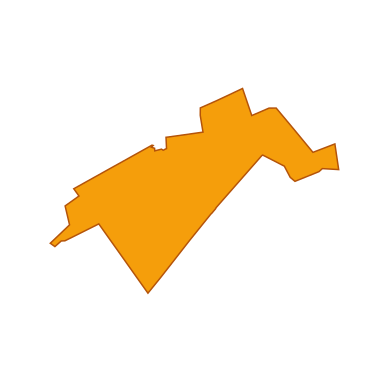 Aconchi, Sonora, Mexico, rotated 340°
{"feature_id": "50627088B4605568990121", "entity_name": "Aconchi", "entity_type": "district", "adm_level": 2, "iso_a3": "MEX", "parent_name": "Mexico", "parent_adm1": "Sonora", "projection": "natural_earth1", "projection_center": [-110.211, 29.784], "detail": "fine", "context": "isolated", "style": "filled", "palette": "amber", "viewbox_px": 384, "rotation_deg": 340, "n_neighbors": 0, "source": "geoboundaries", "source_scale": "gbopen_adm2", "svg_char_len": 810}
<svg xmlns="http://www.w3.org/2000/svg" viewBox="0 0 384 384"><g transform="rotate(340 192 192)"><path d="M112.5,259.3L116.0,272.0L134.0,261.2L173.5,236.5L202.0,219.3L203.6,218.6L208.6,215.7L209.2,215.0L209.4,214.9L213.4,212.7L270.0,181.7L271.1,181.5L287.6,199.3L289.3,211.9L292.4,217.2L318.3,216.3L322.5,214.6L337.5,221.1L342.7,195.7L319.2,196.1L309.3,168.2L299.8,141.9L293.0,139.5L274.3,140.6L274.9,112.0L246.4,114.6L228.6,115.8L226.0,122.7L225.7,124.1L222.8,139.5L188.0,132.1L187.7,132.0L186.3,131.7L182.9,142.5L181.0,142.6L180.3,142.8L179.2,142.9L178.0,141.3L171.1,140.6L171.8,138.1L169.2,136.1L171.4,135.0L170.4,134.3L82.0,148.5L84.4,157.1L68.0,161.7L65.7,181.0L41.3,191.7L44.5,196.4L52.4,193.3L55.9,194.4L93.5,190.1L102.8,223.9L112.5,259.3Z" fill="#f59e0b" stroke="#b45309" stroke-width="1.5"/></g></svg>